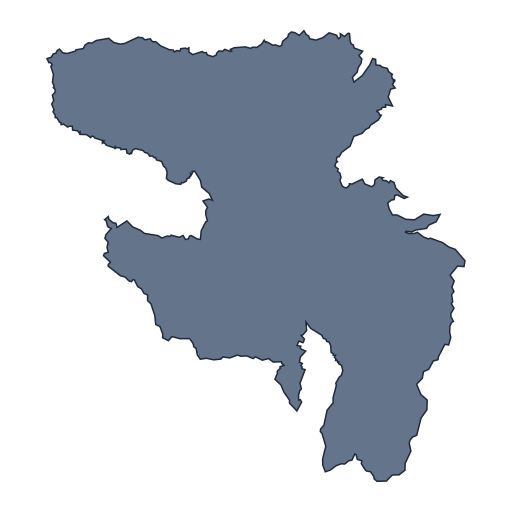 outline of Quito, Pichincha, Ecuador
{"feature_id": "8360857B23484517950931", "entity_name": "Quito", "entity_type": "district", "adm_level": 2, "iso_a3": "ECU", "parent_name": "Ecuador", "parent_adm1": "Pichincha", "projection": "albers", "projection_center": [-78.517, -0.167], "detail": "fine", "context": "isolated", "style": "filled", "palette": "slate", "viewbox_px": 512, "rotation_deg": 0, "n_neighbors": 0, "source": "geoboundaries", "source_scale": "gbopen_adm2", "svg_char_len": 5956}
<svg xmlns="http://www.w3.org/2000/svg" viewBox="0 0 512 512"><path d="M426.9,409.8L427.2,400.0L420.9,394.6L416.6,384.3L422.3,378.2L423.5,371.6L428.7,369.3L433.3,361.0L438.0,359.7L438.5,356.5L444.9,344.3L448.6,345.0L450.8,337.3L449.7,333.0L449.9,326.1L451.7,322.4L453.4,321.4L451.0,316.8L450.9,313.6L454.0,308.2L451.3,303.7L452.7,301.7L451.6,294.7L453.9,291.5L451.9,287.2L454.2,281.0L450.1,275.1L457.6,266.1L464.0,266.6L465.0,260.8L455.2,249.3L448.7,247.0L442.7,242.7L430.6,238.2L428.3,238.9L423.5,237.0L417.4,232.3L414.7,233.4L408.6,233.5L405.5,232.3L405.7,231.3L411.7,231.8L416.4,229.9L426.6,228.4L428.6,225.2L436.1,221.8L440.1,214.4L433.4,215.6L423.7,214.1L414.6,219.8L405.8,219.3L397.1,215.0L392.4,214.9L389.2,209.0L387.7,203.0L391.4,200.1L394.1,199.6L395.0,195.2L397.6,195.1L404.2,198.5L407.4,197.1L403.0,195.5L395.7,188.0L394.1,182.5L390.5,180.6L389.0,182.8L386.2,180.7L383.0,180.4L381.8,178.3L382.9,177.7L379.2,177.0L375.0,179.9L374.4,184.6L371.9,186.8L364.7,183.9L362.3,179.1L351.9,184.1L349.4,183.7L349.3,185.3L346.6,187.8L344.0,187.4L342.1,185.8L339.9,180.5L341.0,177.6L340.0,173.3L337.5,171.3L338.2,168.9L334.9,166.3L335.7,163.1L337.5,161.7L336.3,160.5L336.9,157.1L339.2,156.7L341.6,152.4L350.1,146.1L353.8,136.4L362.2,133.3L365.6,129.4L369.0,127.8L370.5,125.2L378.3,120.0L381.3,115.2L379.6,114.9L378.5,112.2L376.8,111.6L377.1,110.6L381.2,109.3L382.1,107.5L385.7,107.1L385.5,104.6L392.5,106.0L388.2,97.1L390.6,89.2L395.2,88.0L392.4,84.5L393.8,82.7L393.4,81.1L394.7,81.3L394.8,80.1L392.3,78.7L391.6,75.8L392.4,74.4L388.8,71.8L387.3,68.4L381.9,67.0L380.4,65.5L375.9,64.9L375.6,59.3L372.6,58.6L369.7,65.1L362.2,75.6L353.9,82.1L352.4,77.4L357.2,72.1L358.2,67.7L360.9,63.5L361.9,58.9L358.9,55.7L362.7,51.2L354.2,48.0L353.2,44.9L351.4,44.0L350.2,41.4L349.5,33.6L348.2,33.2L344.5,36.5L340.3,33.7L340.5,37.4L338.4,38.7L336.6,35.2L329.1,32.8L322.9,37.7L316.0,40.1L309.6,38.7L308.6,35.9L306.3,34.6L303.9,30.7L299.3,35.4L294.8,32.6L291.4,32.0L288.5,34.2L287.8,37.1L282.6,41.3L281.8,45.2L279.8,46.4L275.2,44.8L273.0,45.3L266.7,41.8L265.7,42.4L264.2,40.1L261.7,44.0L256.8,47.4L252.8,47.2L250.5,48.3L245.3,46.9L234.4,47.7L230.3,49.4L231.6,51.1L230.1,51.4L224.8,49.3L222.6,51.3L218.9,50.9L216.6,53.2L216.4,54.9L212.9,56.7L207.4,54.9L206.3,52.5L203.7,52.7L202.3,51.5L192.7,54.6L188.9,52.0L188.9,47.8L187.1,48.9L185.5,48.1L180.7,48.7L179.8,51.2L176.7,50.5L174.4,52.0L173.3,50.0L169.6,49.8L160.8,46.0L155.9,41.8L152.5,41.7L150.2,38.8L144.7,39.8L142.5,37.8L138.1,37.2L124.6,43.5L120.3,44.1L113.9,42.6L108.6,38.3L96.2,40.5L92.0,43.1L88.4,42.8L85.0,45.1L83.2,48.6L75.9,49.8L75.3,51.2L67.2,53.5L62.8,52.8L59.4,49.1L57.2,50.5L56.1,53.0L53.2,54.0L51.3,57.2L47.0,58.6L48.9,62.7L50.4,62.5L52.3,64.8L50.8,66.4L53.4,74.3L52.5,82.4L54.2,86.3L53.3,87.6L55.4,89.7L54.9,92.5L52.4,95.1L53.7,100.5L51.7,104.1L54.1,109.8L53.0,111.7L55.2,115.2L55.2,117.6L56.8,117.6L59.5,122.1L61.1,122.8L61.0,124.6L63.8,124.3L67.8,127.1L69.3,126.1L72.3,126.3L72.6,130.1L77.6,130.8L78.9,132.7L80.0,131.9L79.9,134.4L86.5,134.6L90.7,137.6L91.7,136.2L93.5,136.4L94.7,138.0L102.8,140.5L102.4,141.6L104.0,141.0L102.8,143.1L104.1,142.6L106.5,145.3L114.1,147.8L115.0,146.7L115.2,148.5L116.6,147.5L120.2,148.0L120.7,149.5L126.3,149.2L126.9,153.0L129.7,154.2L130.6,153.0L131.5,153.5L132.7,150.0L135.7,148.6L143.3,150.7L144.6,152.4L147.7,153.3L149.8,156.3L152.1,155.8L154.3,157.8L155.6,157.5L156.5,160.0L161.6,161.4L163.4,165.9L165.9,168.3L167.1,172.4L166.4,178.3L168.3,180.4L175.9,183.8L180.8,184.3L181.7,182.4L183.0,182.9L186.2,181.2L187.3,178.4L189.6,177.8L189.5,175.8L189.9,176.7L190.9,175.7L190.7,174.0L191.3,174.8L192.8,172.3L192.2,171.5L194.6,171.0L200.4,180.4L201.7,187.1L209.1,193.4L212.5,200.3L208.7,199.0L203.0,201.0L207.5,207.4L205.9,210.3L205.7,214.2L207.4,221.0L205.7,221.8L201.2,230.8L200.4,239.4L197.2,239.0L191.2,235.5L189.4,236.2L188.5,238.8L185.4,239.5L183.1,235.5L179.2,237.3L171.2,235.2L169.7,236.5L167.4,236.0L161.9,238.0L157.9,235.6L144.4,233.4L140.5,230.3L132.8,227.0L126.9,220.9L117.0,227.5L115.9,223.2L113.0,222.7L108.9,219.3L108.3,216.5L104.6,219.7L106.1,220.5L107.7,226.7L111.2,228.5L105.9,234.7L104.9,238.4L108.2,242.3L107.0,247.3L108.3,252.3L104.4,253.4L103.5,255.7L110.4,262.2L108.3,264.3L108.1,266.1L120.5,275.8L125.1,277.0L128.9,280.9L131.4,281.7L133.0,279.6L134.5,280.1L137.7,286.6L141.4,288.8L144.0,293.4L147.6,294.9L147.6,300.6L151.0,304.0L154.8,315.5L155.7,324.5L159.9,326.5L162.8,334.1L162.6,337.7L168.4,340.7L172.0,336.6L180.0,338.7L189.6,338.6L193.1,343.5L193.8,346.8L196.1,348.4L197.3,354.8L200.3,359.2L206.5,358.3L213.7,359.8L220.9,359.1L222.7,357.0L229.9,357.9L237.4,355.1L240.7,356.2L246.8,355.9L253.1,358.6L255.4,356.8L262.3,360.2L268.5,358.6L273.3,362.1L281.4,361.7L281.7,363.4L284.0,365.3L280.0,366.7L280.2,368.4L277.2,371.2L277.4,373.3L274.9,379.2L280.9,384.9L283.9,392.1L289.5,400.1L289.5,403.1L296.9,411.0L301.6,402.1L300.3,399.7L298.8,400.2L298.5,395.4L299.8,390.5L301.4,389.0L300.0,383.3L305.1,369.6L302.0,368.8L302.0,366.6L300.9,365.7L302.3,363.4L299.4,362.2L300.4,357.0L305.7,351.1L301.2,349.1L300.3,348.1L300.8,346.2L297.0,345.6L298.9,341.1L302.9,342.7L303.6,341.6L304.4,339.0L301.1,335.4L302.7,335.0L306.6,330.5L306.0,322.0L310.7,328.4L321.7,335.2L323.5,338.5L325.9,339.1L326.7,341.5L328.9,341.9L330.7,345.5L331.1,352.4L333.3,353.7L333.1,355.1L335.5,355.3L334.3,357.1L335.8,358.7L335.6,360.5L337.0,360.3L337.6,362.2L338.7,362.0L338.6,363.7L341.5,365.4L342.8,370.5L341.3,375.5L339.5,376.7L335.8,383.2L336.3,385.5L333.1,397.7L333.1,402.8L327.1,410.2L323.9,425.2L320.6,429.0L320.3,431.6L322.0,433.4L325.8,446.2L322.6,459.1L322.8,465.1L325.3,471.8L330.2,470.1L336.2,465.7L341.2,463.8L344.8,464.0L348.7,460.7L351.9,460.2L354.8,454.1L356.2,454.9L357.3,459.4L361.8,460.7L361.3,463.6L365.2,469.8L366.6,471.1L370.5,471.7L373.8,476.5L374.2,478.9L377.0,481.3L386.4,481.0L392.3,475.0L399.1,474.8L405.0,470.2L405.1,463.5L410.9,451.1L409.2,443.3L410.0,440.3L412.5,437.1L416.7,435.3L421.1,417.9L426.9,409.8Z" fill="#64748b" stroke="#1e293b" stroke-width="1.5"/></svg>